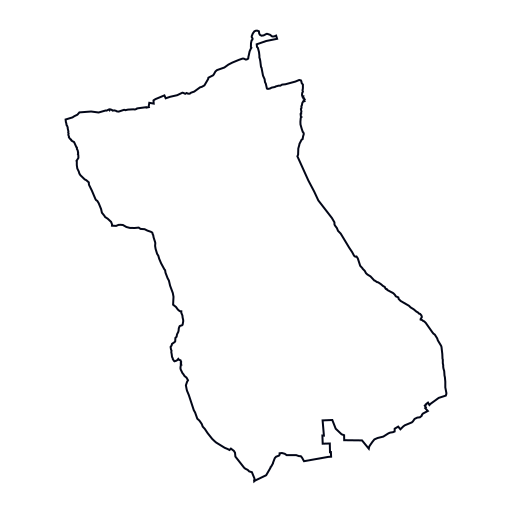 the district of Selimbar, Sibiu, Romania, rotated 180°
{"feature_id": "2599482B14672137342466", "entity_name": "Selimbar", "entity_type": "district", "adm_level": 2, "iso_a3": "ROU", "parent_name": "Romania", "parent_adm1": "Sibiu", "projection": "albers", "projection_center": [24.225, 45.735], "detail": "fine", "context": "isolated", "style": "outline", "palette": "ink", "viewbox_px": 512, "rotation_deg": 180, "n_neighbors": 0, "source": "geoboundaries", "source_scale": "gbopen_adm2", "svg_char_len": 6026}
<svg xmlns="http://www.w3.org/2000/svg" viewBox="0 0 512 512"><g transform="rotate(180 256 256)"><path d="M432.6,399.6L434.6,397.3L437.7,395.8L439.5,394.6L446.4,392.5L446.1,389.9L445.7,388.7L445.5,387.2L445.3,386.6L444.9,386.2L444.3,384.5L444.3,383.7L443.6,380.5L443.8,379.4L443.4,378.5L443.7,377.2L443.0,375.3L443.1,374.7L441.9,373.1L440.8,372.3L440.8,371.8L440.4,371.3L437.9,369.9L435.6,364.8L435.3,364.7L435.1,364.4L435.1,363.0L434.3,361.6L434.1,360.3L433.9,359.9L434.0,359.2L433.8,358.9L434.1,357.7L433.7,357.1L433.6,354.5L433.7,353.9L435.5,351.1L435.2,350.7L435.2,346.9L434.7,343.5L433.2,340.4L432.6,338.3L432.1,337.7L431.7,336.9L427.3,332.6L425.7,331.8L423.2,329.6L423.1,327.8L422.9,327.0L420.1,321.3L416.6,313.0L415.9,311.9L414.7,311.1L413.3,308.8L410.9,302.9L410.1,299.3L407.6,296.2L406.9,295.0L404.3,293.3L400.9,290.1L399.9,287.4L400.0,286.3L395.9,286.1L393.5,287.1L391.5,287.2L389.1,287.0L385.6,285.0L382.2,284.1L377.3,284.0L373.3,284.4L371.5,283.1L367.4,282.8L364.6,281.4L361.1,280.2L359.9,279.5L359.6,279.1L359.2,277.5L358.8,276.9L358.4,274.6L356.9,269.9L356.7,268.9L356.9,266.1L356.4,263.1L354.9,258.2L353.7,256.3L352.8,253.2L350.9,248.7L347.6,242.6L346.9,241.8L346.5,239.3L344.4,233.8L343.1,231.4L341.9,226.3L339.2,219.0L338.5,215.2L338.9,207.3L336.0,205.0L334.2,202.5L332.7,201.2L332.1,200.8L330.7,200.7L330.7,199.2L329.6,196.5L329.4,194.6L328.8,191.9L328.8,190.6L329.4,187.3L330.0,186.7L331.7,186.2L332.3,185.9L332.6,185.3L333.2,183.7L333.4,181.5L333.7,180.2L335.0,177.6L335.4,175.3L336.6,174.1L336.8,170.7L337.3,170.0L340.0,168.1L340.4,166.5L341.4,165.1L341.0,162.5L340.5,161.4L340.7,159.8L340.3,157.8L340.0,155.2L339.2,153.5L339.2,152.9L337.9,151.0L337.5,150.7L335.7,151.3L334.7,151.9L333.7,153.1L332.9,152.1L331.5,151.7L330.8,150.0L331.1,149.4L330.9,148.2L331.2,148.4L331.2,146.5L331.5,144.9L331.5,143.3L331.2,142.3L329.5,138.8L328.6,137.8L327.5,136.0L325.5,134.4L324.0,131.7L324.9,130.3L326.1,126.7L325.4,122.9L325.0,121.3L323.2,117.0L318.2,101.8L316.9,99.5L314.7,93.3L312.7,91.5L311.6,90.0L310.2,87.9L309.3,85.4L307.2,83.1L304.4,78.9L299.8,73.1L297.4,70.8L295.9,69.5L287.3,64.2L284.4,63.0L282.5,62.0L281.1,63.4L278.1,61.1L277.0,59.3L276.6,55.4L267.9,44.3L266.7,43.3L264.3,42.1L262.8,40.6L260.1,39.8L257.5,33.4L257.5,32.8L257.9,31.5L257.8,30.7L257.0,31.4L245.8,36.8L241.7,43.9L241.4,44.9L240.9,45.3L239.0,48.7L239.0,49.2L237.2,53.9L235.9,55.3L233.0,56.4L232.4,57.3L232.4,58.7L230.1,59.0L227.2,58.2L225.4,56.9L215.9,56.9L213.1,55.9L211.2,55.8L210.0,54.4L208.0,50.8L183.8,55.1L180.9,55.3L181.1,59.9L182.0,59.8L182.2,68.5L189.3,68.3L189.6,76.5L188.1,76.4L189.4,91.6L179.7,92.0L176.3,83.3L170.4,77.7L167.9,76.8L167.8,71.8L150.0,71.6L143.2,63.3L142.8,65.3L142.2,66.4L139.7,70.0L137.6,72.6L134.4,74.0L128.7,75.4L123.5,78.7L121.8,79.4L119.1,79.8L117.4,80.5L117.3,83.3L113.8,85.4L111.6,82.7L108.8,85.5L107.2,86.7L100.2,89.6L99.1,90.6L97.4,93.1L94.7,94.4L92.1,94.7L90.3,96.2L90.0,97.3L89.1,98.4L84.2,101.0L86.8,103.9L86.1,104.6L87.2,106.3L86.0,107.3L86.2,107.6L85.4,108.3L84.0,109.4L82.6,107.0L81.3,108.3L73.3,114.1L66.2,116.4L65.7,117.9L65.6,118.9L66.7,124.6L66.7,130.3L67.1,134.7L67.5,136.5L67.8,140.9L68.5,143.3L68.8,145.1L68.8,146.8L69.2,148.9L69.2,152.4L69.5,153.3L69.7,158.0L70.5,165.0L70.9,166.2L74.2,171.7L74.8,173.6L77.2,177.4L78.6,178.4L79.7,179.8L86.3,189.2L87.9,190.7L88.8,191.0L89.8,191.9L91.4,192.4L91.4,192.9L90.2,194.8L90.2,195.3L90.6,196.6L91.9,198.1L93.0,198.4L94.0,199.5L95.6,200.4L98.3,202.7L101.4,204.6L103.0,206.2L111.3,211.0L113.3,213.0L113.7,214.6L116.2,215.7L117.2,217.3L118.7,218.8L124.7,222.0L124.9,222.6L125.4,223.0L126.2,223.1L126.7,223.8L127.2,225.0L129.1,226.1L130.9,227.7L133.1,229.2L134.2,229.8L135.0,229.9L137.0,231.3L137.7,231.5L141.5,235.6L144.6,237.5L146.0,238.8L147.3,241.2L149.3,243.2L149.6,243.8L151.8,246.2L154.2,253.6L155.5,255.5L156.3,255.3L157.2,255.6L158.0,256.4L159.8,259.8L162.8,264.3L171.3,278.4L174.0,281.2L175.1,283.9L177.1,286.6L177.5,287.5L177.6,289.7L180.1,294.0L193.7,311.6L197.8,320.4L203.7,331.6L214.6,355.7L213.9,357.3L213.7,363.5L212.8,366.7L212.5,368.2L210.4,372.3L209.4,372.9L208.9,375.7L208.3,377.6L208.3,378.7L208.7,379.6L209.2,380.0L210.3,383.2L211.5,387.5L211.6,390.2L211.3,393.7L211.0,394.8L210.7,395.0L211.1,395.3L211.4,398.0L210.8,398.3L210.9,399.3L210.6,400.4L211.1,403.0L210.5,404.1L210.6,405.8L210.1,406.8L209.7,409.0L208.9,410.4L207.6,410.8L208.2,411.8L207.3,412.4L208.1,413.9L208.8,414.1L208.7,415.6L209.5,415.4L210.0,417.0L209.8,419.1L209.1,420.3L209.5,421.9L209.2,422.8L209.1,424.2L209.1,427.4L210.3,428.9L210.7,430.8L211.1,431.6L212.8,432.0L216.7,430.4L226.7,427.7L229.9,427.4L231.7,426.3L233.5,426.3L236.4,425.5L237.1,425.0L240.3,424.4L242.0,423.5L244.0,423.1L244.9,423.3L245.1,423.5L246.2,428.3L247.0,429.9L247.4,432.8L249.0,436.4L250.5,444.3L251.0,445.1L251.7,450.8L252.1,453.0L252.6,454.5L252.6,456.4L253.0,459.9L254.1,464.1L255.0,465.1L255.3,467.7L245.8,471.0L234.9,473.2L235.9,476.4L237.8,475.6L239.3,475.5L240.1,475.7L241.9,477.2L244.6,478.1L245.5,478.1L248.4,476.6L250.5,476.3L252.1,477.2L252.8,478.5L253.1,480.7L254.6,481.3L256.1,481.3L257.6,480.7L259.2,478.5L260.3,475.7L260.2,474.7L259.7,474.0L259.4,473.2L259.6,472.4L260.4,471.6L261.0,468.8L261.1,464.9L260.6,464.2L261.3,463.1L262.4,460.6L263.3,456.3L263.5,455.7L263.8,453.4L264.9,452.7L266.1,452.4L268.3,453.4L269.5,453.4L273.2,452.1L279.7,449.4L283.6,447.4L287.6,444.5L295.0,441.9L296.6,440.5L298.2,437.6L298.9,436.7L303.6,434.3L303.9,432.9L307.6,426.6L310.3,425.1L311.9,424.7L317.8,420.4L321.0,419.3L322.3,418.3L323.9,418.3L325.4,419.0L326.8,418.2L328.7,419.1L329.6,419.3L334.8,416.8L341.9,415.2L346.3,413.7L347.6,416.6L356.5,412.9L358.4,411.7L358.5,411.6L358.3,408.4L362.7,409.2L363.3,405.6L363.1,404.9L365.6,404.4L365.8,404.8L374.2,403.7L375.1,403.5L375.4,403.1L377.1,402.5L378.5,402.7L384.0,402.4L386.7,401.8L387.3,402.1L388.2,402.1L393.3,400.4L395.1,400.6L396.1,401.2L397.7,401.6L399.4,401.4L399.7,401.8L401.4,402.6L402.1,402.5L402.4,401.9L402.9,402.6L405.4,401.4L406.4,401.5L413.4,399.5L420.9,400.5L432.6,399.6Z" fill="none" stroke="#020617" stroke-width="2"/></g></svg>